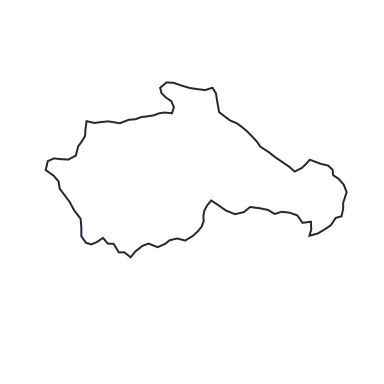 the district of São Sebastião do Rio Verde, Minas Gerais, Brazil, rotated 129°
{"feature_id": "56859067B74090736562725", "entity_name": "São Sebastião do Rio Verde", "entity_type": "district", "adm_level": 2, "iso_a3": "BRA", "parent_name": "Brazil", "parent_adm1": "Minas Gerais", "projection": "mercator", "projection_center": [-45.029, -22.211], "detail": "fine", "context": "isolated", "style": "outline", "palette": "slate", "viewbox_px": 384, "rotation_deg": 129, "n_neighbors": 0, "source": "geoboundaries", "source_scale": "gbopen_adm2", "svg_char_len": 1566}
<svg xmlns="http://www.w3.org/2000/svg" viewBox="0 0 384 384"><g transform="rotate(129 192 192)"><path d="M111.5,125.1L111.2,132.6L112.0,141.9L112.6,148.9L112.7,157.0L113.8,167.5L112.0,173.2L111.0,180.2L110.2,187.8L110.1,194.0L110.4,200.4L112.4,207.3L112.7,214.2L112.9,221.1L105.6,229.6L100.3,235.4L98.1,241.7L104.5,245.9L109.0,253.1L112.7,259.4L115.7,266.7L118.8,275.1L122.9,280.8L131.1,282.3L134.4,277.9L135.0,271.9L134.4,265.4L137.5,259.4L143.4,257.1L147.5,263.3L151.4,267.0L156.5,270.0L161.9,274.8L165.6,278.5L171.0,281.7L175.7,286.6L184.0,291.4L189.7,301.4L195.2,307.0L199.7,311.2L203.3,318.5L211.2,313.7L215.6,310.4L221.4,309.5L228.1,309.2L236.8,305.2L244.6,308.5L249.3,315.0L252.7,320.4L258.8,323.5L267.0,319.5L266.4,309.8L267.8,302.3L272.7,296.9L274.5,289.6L276.7,280.9L280.5,271.9L282.8,261.9L288.7,256.1L296.0,250.2L298.2,242.3L296.0,237.2L290.7,234.4L283.7,232.3L285.1,225.0L281.6,220.3L285.0,210.9L281.4,206.5L281.4,198.6L273.9,198.6L265.2,196.7L259.5,193.4L256.5,184.0L249.1,180.2L243.5,179.0L237.4,174.2L234.0,166.7L225.3,163.6L218.1,162.7L212.8,162.7L207.3,164.6L203.4,168.1L198.4,170.8L192.7,171.8L186.5,171.7L185.7,163.6L185.1,154.2L182.2,144.6L174.9,139.0L167.1,137.4L162.1,129.3L158.1,121.7L157.1,114.0L151.1,110.0L146.9,103.6L143.9,95.5L146.4,86.7L140.3,80.9L146.1,75.7L152.1,73.2L145.0,68.1L138.0,65.5L130.5,63.2L121.6,64.0L116.8,60.5L109.9,64.0L105.1,67.8L100.3,69.6L94.8,71.7L90.8,78.7L89.5,86.5L90.1,92.8L86.2,96.8L85.8,102.8L89.2,110.0L92.8,120.8L98.9,121.1L104.0,121.7L111.5,125.1Z" fill="none" stroke="#1e293b" stroke-width="2"/></g></svg>